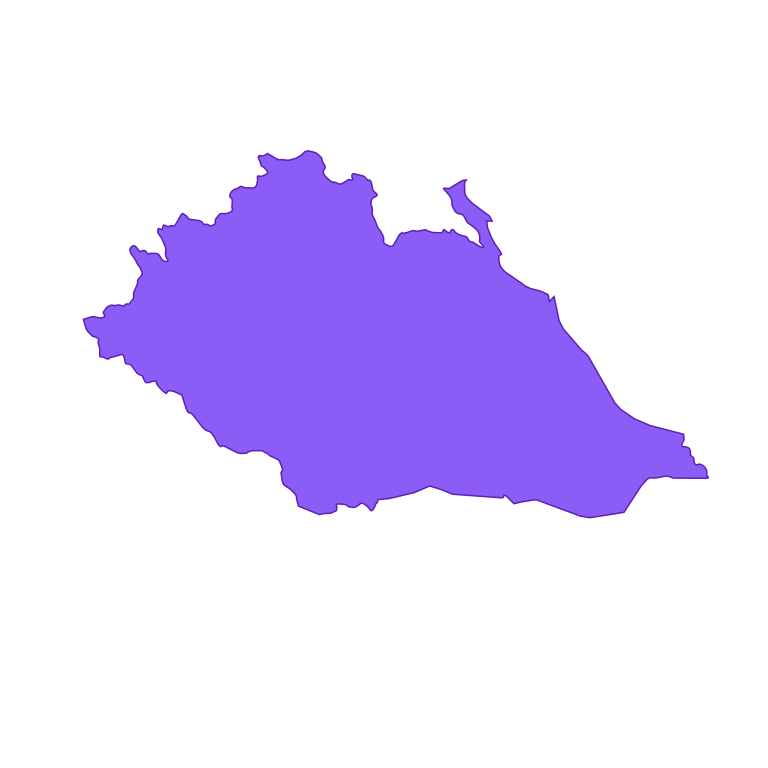 the border of Pahang, rotated 326°
{"feature_id": "MYS-1147", "entity_name": "Pahang", "entity_type": "State", "adm_level": 1, "iso_a3": "MYS", "parent_name": "Malaysia", "parent_adm1": "", "projection": "natural_earth1", "projection_center": [102.483, 3.614], "detail": "fine", "context": "isolated", "style": "filled", "palette": "violet", "viewbox_px": 768, "rotation_deg": 326, "n_neighbors": 0, "source": "natural_earth", "source_scale": "10m", "svg_char_len": 6171}
<svg xmlns="http://www.w3.org/2000/svg" viewBox="0 0 768 768"><g transform="rotate(326 384 384)"><path d="M566.3,260.8L564.3,261.7L562.8,263.0L558.8,269.1L557.1,272.5L556.9,276.4L558.2,283.4L565.4,303.9L564.7,309.4L560.3,306.3L557.1,312.7L555.0,322.6L554.3,329.9L554.5,338.1L554.0,342.1L550.6,342.2L548.7,345.1L547.1,348.9L546.3,352.0L546.5,356.4L547.6,360.1L554.9,378.8L555.7,381.6L559.0,387.0L565.5,394.2L570.0,401.7L567.3,408.1L573.9,406.6L564.5,429.6L563.5,438.7L566.7,466.1L568.0,470.5L568.9,475.0L564.8,528.6L566.0,537.4L572.3,553.2L581.2,567.0L604.2,593.1L603.6,594.7L601.5,598.1L597.2,600.5L596.5,601.7L596.5,602.7L597.2,603.6L598.8,604.6L599.7,605.5L600.7,607.0L601.1,608.4L600.4,611.2L598.3,614.4L599.4,618.6L597.5,621.9L597.0,624.2L597.3,625.2L597.8,625.6L601.2,627.1L602.7,629.6L603.4,632.2L603.4,634.8L603.0,636.3L600.7,640.0L600.5,641.0L600.8,642.8L600.0,643.1L598.4,642.3L571.0,623.6L569.6,621.4L567.0,618.4L556.2,613.6L553.7,611.6L551.3,610.2L548.8,610.2L540.5,612.2L511.2,624.6L480.0,610.0L473.1,603.5L445.9,565.7L443.2,563.8L433.2,559.1L424.8,555.9L422.8,545.4L421.5,543.1L419.7,544.6L419.0,544.6L417.9,544.2L379.2,513.7L373.2,504.6L365.6,495.0L364.3,494.0L348.2,490.9L324.3,481.9L316.5,477.6L314.8,477.0L313.6,477.0L312.3,478.4L309.5,479.1L307.5,480.7L305.8,481.6L304.0,482.1L303.0,482.1L302.4,481.7L302.2,481.0L301.9,476.7L300.7,472.8L299.2,470.6L297.7,469.9L295.1,470.2L291.6,470.1L289.9,469.5L287.8,467.5L286.2,466.4L285.7,465.1L285.6,464.2L284.9,462.8L283.5,461.3L279.9,458.5L278.3,457.5L277.1,457.3L276.7,457.8L276.1,460.0L273.7,462.4L267.6,461.3L260.5,457.2L257.3,456.0L244.8,437.4L246.9,431.3L248.6,427.9L248.8,425.7L247.4,418.5L244.9,412.5L244.6,410.9L244.9,409.4L245.5,407.3L248.9,400.1L251.7,398.5L252.5,397.4L254.2,389.6L254.1,387.6L249.4,379.9L248.3,376.1L246.8,373.8L246.1,371.8L244.9,370.6L238.4,366.2L234.6,364.5L231.6,364.4L230.6,364.0L226.2,361.4L223.8,358.8L216.5,345.6L214.8,344.7L213.4,344.4L213.0,343.2L212.8,341.3L213.7,332.0L213.5,327.8L212.8,326.0L210.5,322.8L209.4,319.1L208.3,302.8L207.9,300.8L205.9,298.3L205.7,297.4L206.3,293.5L210.3,280.1L205.6,272.6L203.8,270.7L201.0,268.9L198.8,270.0L198.3,270.1L197.5,268.7L196.7,266.1L195.7,260.3L195.7,256.2L196.4,255.1L196.5,254.5L196.3,253.7L193.0,252.2L190.3,251.5L187.8,250.1L187.4,249.4L187.2,248.2L187.5,245.6L188.2,242.4L187.9,241.4L186.3,239.4L185.3,236.9L185.0,227.7L184.3,225.4L181.5,223.0L181.3,222.0L183.8,215.8L183.9,214.3L183.7,213.6L182.4,212.4L180.2,212.0L171.3,208.8L170.0,209.3L169.2,209.0L168.3,208.2L166.2,204.5L163.8,202.6L165.5,199.4L167.7,196.8L170.2,189.6L172.1,188.3L172.3,187.4L172.2,186.2L171.4,184.0L169.5,182.0L168.9,180.6L167.8,174.5L168.1,170.9L170.9,162.3L178.6,164.6L180.8,165.6L184.2,169.2L186.7,171.3L188.9,171.8L190.1,171.8L190.7,171.3L190.9,168.6L191.2,167.9L191.7,167.4L195.9,165.8L198.2,165.3L202.0,166.1L204.6,168.4L208.3,170.1L211.8,173.9L214.6,173.4L216.1,174.1L216.9,175.0L218.1,175.0L223.8,173.0L224.7,172.4L225.9,170.8L226.5,169.5L227.5,168.4L234.9,163.5L236.2,162.5L237.7,160.3L238.9,159.7L243.2,158.6L245.3,157.3L245.9,156.0L246.8,151.1L246.7,146.5L247.4,140.4L247.1,134.8L247.3,133.4L248.5,130.3L249.3,129.7L251.9,129.0L253.0,129.0L254.3,129.7L255.1,131.7L255.5,137.2L256.4,138.1L258.6,138.4L260.2,139.5L260.7,141.0L260.9,143.5L261.2,144.2L261.8,144.6L263.5,145.1L268.3,148.5L269.2,149.5L269.7,151.8L269.4,155.9L270.2,158.8L271.0,160.1L273.0,161.2L273.7,161.0L274.1,160.5L274.3,157.0L275.1,154.9L276.2,153.1L278.2,150.9L279.2,148.8L281.2,139.0L281.1,132.7L281.5,131.5L282.9,129.6L283.7,129.1L284.3,129.2L285.5,131.0L286.2,131.4L287.4,131.3L289.1,129.5L290.1,129.0L291.0,129.9L292.8,132.8L293.3,133.2L295.3,133.2L298.0,135.5L300.0,135.4L310.5,130.2L312.1,129.9L312.9,130.9L314.1,134.3L314.5,138.3L321.9,144.9L323.1,146.5L323.6,147.8L324.1,151.1L324.6,151.6L326.4,152.4L327.2,153.5L328.1,155.5L328.9,156.0L329.6,156.4L333.5,157.0L335.5,154.1L337.3,152.9L341.5,151.5L342.9,151.4L344.0,151.4L347.8,154.1L350.2,155.1L353.3,155.6L355.6,155.2L357.1,151.8L358.9,149.8L361.1,146.5L361.5,145.1L360.9,143.0L361.1,142.1L362.8,140.3L364.5,139.5L367.0,139.0L369.4,139.1L371.5,139.9L375.4,140.0L376.2,140.3L378.4,143.6L381.8,145.8L384.4,148.0L387.0,148.8L388.7,148.4L390.1,147.4L393.1,144.5L394.9,141.4L395.7,141.2L396.3,141.3L397.6,142.7L399.1,143.5L404.5,144.4L405.3,144.2L406.0,143.0L406.1,140.4L405.5,137.0L404.6,135.1L404.4,133.7L405.7,130.2L406.1,126.6L406.9,125.4L408.4,124.9L411.0,127.1L412.6,127.7L416.4,127.8L420.5,136.7L422.1,139.2L425.1,141.1L428.6,144.1L430.5,145.4L436.5,147.4L440.0,147.9L443.3,148.0L448.7,147.2L451.5,148.3L455.1,152.1L456.8,154.4L457.7,156.9L458.6,160.9L458.6,162.3L457.3,164.7L457.1,169.6L456.7,171.0L455.8,172.0L452.7,173.5L451.8,175.1L451.4,176.9L451.9,181.0L452.8,184.9L454.1,187.8L455.7,188.9L457.1,190.6L458.3,192.7L459.9,194.1L463.5,194.5L468.8,194.7L471.6,197.1L472.6,196.7L473.2,194.4L474.0,193.2L475.0,192.4L475.7,192.4L476.7,192.9L483.2,200.0L483.9,201.7L484.4,205.8L484.8,206.6L486.1,206.7L486.3,209.6L483.7,215.9L483.3,217.6L483.3,218.9L484.3,222.4L484.1,223.2L483.7,223.8L482.3,224.0L478.6,223.4L476.5,224.5L474.7,226.2L473.9,227.3L472.5,231.9L471.6,233.3L470.0,235.2L468.8,237.7L468.2,242.5L466.3,251.1L466.6,255.1L466.2,259.8L465.5,262.5L463.1,266.1L462.9,267.1L462.9,268.0L464.8,271.6L466.5,273.7L467.8,274.2L469.7,274.1L480.1,268.9L483.0,268.5L485.0,270.2L487.5,271.2L492.8,272.6L494.0,273.1L496.9,275.9L504.1,279.0L505.1,279.9L505.9,281.9L507.3,283.3L508.7,285.4L510.9,286.8L515.4,290.4L517.5,290.8L518.8,289.9L519.9,289.5L520.4,289.8L521.2,293.1L522.4,294.9L523.1,295.2L523.7,295.1L525.2,294.2L526.7,294.0L527.4,294.4L527.8,295.2L528.0,298.3L528.6,300.0L530.7,303.5L533.8,306.9L534.6,308.1L534.9,309.6L534.6,312.0L534.9,313.8L537.1,316.3L540.0,323.3L542.0,325.8L542.8,326.0L543.3,325.7L543.4,324.9L542.8,320.0L542.9,319.2L544.6,317.2L546.3,314.3L546.8,312.8L547.3,309.5L547.1,307.8L545.4,301.9L543.5,297.0L543.4,295.4L544.1,290.3L544.0,288.5L543.2,286.5L540.3,283.8L539.5,280.7L539.6,278.9L540.3,273.9L542.9,269.8L543.6,266.6L543.7,264.8L542.5,255.4L542.8,255.2L544.5,256.0L546.4,257.8L547.6,258.4L561.6,259.0L564.2,259.7L566.3,260.8Z" fill="#8b5cf6" stroke="#5b21b6" stroke-width="1.5"/></g></svg>